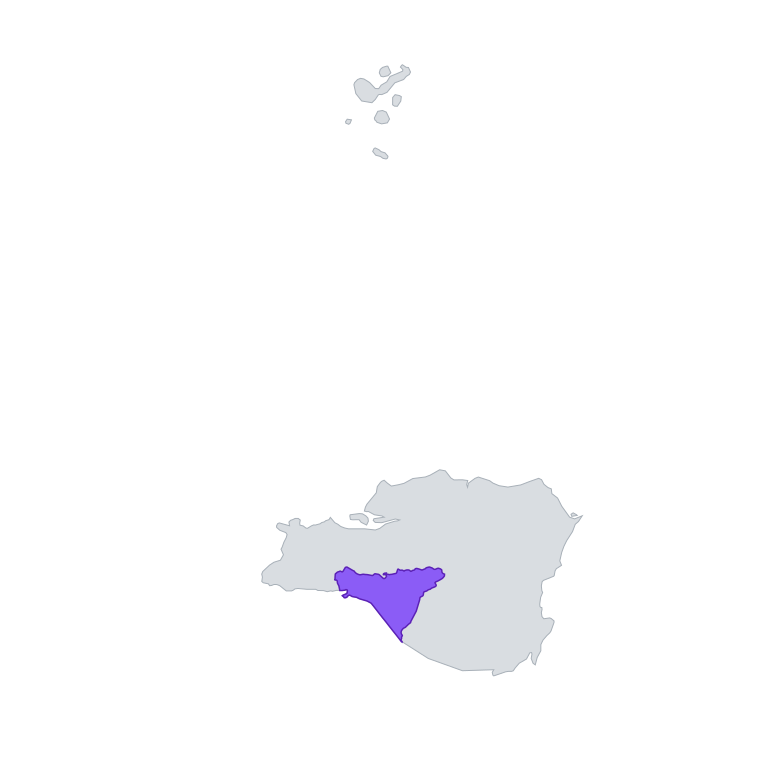 Morona Santiago highlighted on a map of Ecuador, rotated 77°
{"feature_id": "ECU-1285", "entity_name": "Morona Santiago", "entity_type": "Province", "adm_level": 1, "iso_a3": "ECU", "parent_name": "Ecuador", "parent_adm1": "", "projection": "equal_earth", "projection_center": [-78.23, -2.513], "detail": "fine", "context": "in_parent", "style": "filled", "palette": "violet", "viewbox_px": 768, "rotation_deg": 77, "n_neighbors": 0, "source": "natural_earth", "source_scale": "10m", "svg_char_len": 7213}
<svg xmlns="http://www.w3.org/2000/svg" viewBox="0 0 768 768"><g transform="rotate(77 384 384)"><path d="M691.7,299.8L689.6,301.6L684.5,302.3L680.5,300.6L678.9,300.6L678.7,302.4L684.0,307.0L686.5,315.1L690.2,320.1L692.5,322.5L692.7,324.3L692.0,327.5L691.8,330.2L693.1,342.7L692.2,343.4L689.3,343.4L687.1,341.3L681.0,372.1L661.4,402.6L639.2,424.4L613.5,436.9L594.7,445.7L591.7,449.0L582.5,464.4L582.1,465.9L583.4,468.5L583.5,470.2L582.1,471.2L580.9,471.4L580.4,470.6L580.0,468.7L578.7,466.8L577.3,466.3L576.4,466.8L576.3,468.5L574.4,476.8L574.4,480.8L573.6,482.4L573.6,486.0L571.7,489.4L570.3,494.9L568.7,496.7L566.7,505.3L563.9,513.8L563.6,516.8L564.5,518.9L564.8,520.5L563.6,525.8L557.0,531.0L555.3,533.5L554.6,536.4L555.0,538.8L554.8,540.8L552.7,541.6L550.5,546.4L548.9,547.5L544.8,545.9L541.7,545.9L539.4,544.3L534.7,536.2L532.9,531.3L532.4,524.6L527.8,520.4L521.8,521.5L520.0,519.9L515.6,517.1L511.8,513.9L508.9,512.3L506.7,513.1L503.1,518.4L499.7,520.8L498.2,520.7L496.2,519.1L495.8,517.3L500.9,507.9L497.1,507.7L495.8,505.7L495.6,503.4L495.0,500.8L495.7,497.8L497.7,496.2L500.7,497.5L502.7,497.6L504.1,494.7L506.8,492.5L507.4,491.1L505.9,486.6L505.5,484.1L506.0,482.7L505.8,477.7L505.0,475.9L504.9,473.1L504.1,471.6L503.8,468.1L501.9,466.3L508.1,463.1L510.3,460.5L513.1,458.2L515.5,454.6L517.1,451.2L520.8,435.3L524.3,425.3L523.7,420.5L520.8,414.0L520.1,404.4L520.4,401.5L520.0,399.3L518.1,403.3L518.6,417.4L516.9,423.7L514.5,425.2L513.0,424.1L513.8,413.8L512.1,415.7L509.3,422.7L504.7,427.9L504.5,429.6L503.4,431.7L499.8,429.8L497.2,427.6L488.3,416.0L482.5,413.6L479.0,409.5L478.2,407.8L477.8,405.5L481.4,403.0L485.1,399.8L485.4,392.5L485.3,386.9L482.6,377.2L483.9,364.6L483.2,359.6L480.1,349.1L482.4,343.8L490.6,340.0L493.2,337.4L495.0,329.1L496.9,324.1L500.6,326.1L503.4,325.8L499.6,324.0L496.4,316.5L495.9,313.0L502.0,302.8L505.1,300.1L509.0,294.7L512.3,286.5L513.1,273.5L511.8,264.3L510.7,254.5L512.7,252.0L517.7,250.7L521.8,247.5L523.8,244.6L528.6,245.1L534.2,240.5L543.1,238.3L555.5,233.1L558.3,228.6L557.0,220.5L561.7,225.4L563.7,229.2L570.2,233.5L577.7,241.2L582.6,245.2L588.0,248.7L595.9,252.5L600.6,251.8L602.7,257.6L604.5,259.3L609.0,261.3L609.5,262.0L611.2,272.8L612.2,274.4L616.1,276.1L620.9,276.7L622.8,276.3L627.0,279.3L633.5,281.8L635.9,282.1L636.9,281.6L637.3,280.5L639.2,280.7L642.1,282.1L646.2,282.4L648.7,281.1L649.2,275.1L650.2,273.8L653.1,271.6L654.6,272.0L662.2,276.8L663.8,278.5L665.7,281.8L669.3,286.7L673.2,289.8L679.2,291.2L685.0,296.3L691.7,299.8ZM89.3,293.1L91.7,296.3L93.0,305.7L100.5,315.5L101.5,321.0L100.8,323.6L101.1,324.6L104.8,328.5L107.2,332.5L103.2,342.1L94.7,346.1L85.6,346.0L83.8,344.9L81.4,341.3L80.9,338.1L82.3,334.9L87.0,330.2L94.2,326.0L95.0,322.7L92.2,319.6L90.2,313.3L85.7,308.9L83.4,295.5L81.9,294.9L78.9,296.7L77.4,295.1L77.1,294.2L80.4,291.2L81.1,289.0L86.0,288.0L88.1,289.7L89.3,293.1ZM124.7,333.5L122.7,333.6L116.9,328.7L117.2,323.9L119.6,320.6L127.1,319.0L130.3,322.0L130.0,327.8L127.4,332.0L125.4,332.8L124.7,333.5ZM509.2,445.2L508.4,447.2L504.9,447.0L503.8,446.4L504.7,437.1L505.7,434.1L508.6,431.2L511.1,429.8L514.2,430.1L517.5,432.7L513.6,437.4L510.6,438.8L509.2,445.2ZM83.5,317.7L79.8,318.6L76.6,316.9L75.2,314.2L74.9,310.1L75.2,308.8L82.3,307.3L84.5,310.7L84.5,315.7L83.5,317.7ZM159.2,340.6L154.8,342.7L152.3,340.7L152.0,339.5L154.5,336.3L156.9,334.6L159.0,331.0L163.0,328.9L164.1,329.4L164.9,330.1L165.2,331.3L163.9,334.2L161.5,336.3L159.2,340.6ZM115.6,311.3L113.9,312.8L106.8,311.1L104.6,308.1L106.4,304.1L107.9,302.5L112.1,304.0L116.4,308.5L115.6,311.3ZM121.4,362.4L119.8,362.5L117.7,360.3L119.3,356.3L122.3,358.4L123.0,359.9L121.4,362.4ZM555.2,230.8L553.0,231.1L552.1,228.7L554.6,225.9L555.5,225.3L555.2,230.8Z" fill="#d9dde1" stroke="#a8b0b8" stroke-width="1"/><path d="M639.5,424.5L639.0,425.0L635.5,426.6L630.8,428.8L626.0,431.1L621.3,433.3L616.5,435.5L611.8,437.8L607.1,440.0L602.3,442.2L597.6,444.4L596.6,444.9L595.1,445.6L594.4,446.1L591.6,449.4L587.8,456.2L586.0,458.3L585.5,459.1L584.3,462.1L583.8,463.0L582.5,464.3L582.0,465.1L582.0,466.2L582.5,467.1L583.1,467.7L583.5,468.4L583.6,469.8L583.3,470.8L582.7,471.1L582.0,471.3L581.4,472.0L580.9,472.3L580.5,471.4L580.0,468.1L579.7,467.4L579.3,466.9L577.6,466.3L576.8,466.1L576.2,466.4L575.8,467.3L575.8,467.7L576.1,468.6L576.0,469.2L575.8,471.4L575.3,473.5L575.2,473.5L570.6,473.4L567.8,474.1L567.0,474.1L565.6,473.9L565.1,474.0L564.8,474.1L564.6,474.3L564.4,474.5L564.1,475.5L563.9,475.8L563.7,476.0L563.4,476.0L562.7,475.5L562.3,475.4L561.1,475.1L559.5,474.6L558.5,474.3L558.1,474.1L557.8,473.8L557.8,473.4L557.7,473.1L557.5,472.8L557.2,472.5L557.0,472.1L556.9,471.8L556.8,471.5L556.7,471.0L556.7,470.1L556.5,469.4L556.5,469.1L556.5,468.7L556.7,468.4L556.9,468.1L557.3,467.6L557.5,467.3L557.6,467.0L557.6,466.7L557.4,466.3L557.2,466.0L554.1,463.0L553.9,462.1L554.0,461.7L554.1,461.2L558.8,456.2L559.5,455.2L560.9,454.6L562.2,453.7L563.2,452.6L564.1,451.2L564.5,450.3L564.6,449.4L564.6,448.6L564.6,447.8L564.7,447.0L565.6,444.5L565.7,444.0L566.0,443.1L567.7,439.2L568.0,438.4L567.9,438.0L567.8,437.5L567.5,437.0L567.2,436.5L567.0,436.1L566.9,435.7L566.9,435.4L568.1,432.4L568.4,431.9L568.8,431.5L573.0,428.6L573.4,428.1L573.6,427.7L573.6,427.3L573.5,426.8L573.3,426.4L573.1,426.0L571.9,424.8L571.6,424.7L571.3,424.7L571.0,424.8L570.6,425.1L570.2,425.6L570.0,426.1L569.8,426.6L569.8,427.2L569.6,427.5L569.3,427.5L569.0,427.3L568.7,426.9L568.6,426.4L568.5,425.9L568.7,424.4L569.0,424.6L569.3,424.6L569.5,424.4L569.9,423.8L570.8,421.9L571.0,421.5L571.0,421.1L571.0,420.5L571.1,420.0L571.2,419.1L571.2,416.2L571.2,415.7L571.3,415.2L571.1,414.6L570.5,414.0L568.1,412.6L567.6,412.2L567.6,411.7L568.9,410.4L569.1,410.0L569.3,409.3L569.3,408.8L569.5,408.1L569.8,407.6L570.5,406.9L570.7,406.5L570.7,406.2L570.4,405.7L570.3,403.7L570.6,402.3L570.9,401.5L571.5,400.9L572.0,400.5L572.5,400.1L572.6,399.7L572.3,398.7L572.1,398.1L572.1,396.9L572.0,396.2L571.7,395.7L571.4,395.5L571.1,395.1L571.0,394.7L571.0,394.1L571.1,393.5L572.2,391.4L573.7,389.1L573.8,388.5L573.5,386.9L573.4,385.7L573.2,385.3L573.0,385.0L572.8,384.7L572.7,384.3L572.5,383.5L572.5,382.6L572.5,381.5L572.6,380.9L572.7,380.5L573.0,380.2L573.2,379.9L573.4,379.6L573.7,379.0L574.0,378.6L574.4,378.2L575.2,377.5L575.6,377.1L575.9,376.7L576.0,376.2L576.1,375.7L576.0,375.1L575.7,373.7L575.7,373.0L575.7,372.6L576.1,371.8L576.8,370.7L577.2,370.3L577.9,369.7L578.4,369.6L579.7,369.8L580.7,369.8L581.2,369.6L581.8,369.2L582.2,368.8L582.9,367.8L584.6,368.3L585.5,369.3L586.0,370.0L586.5,370.8L586.8,371.5L588.0,375.5L588.3,377.2L588.6,378.4L589.1,379.0L589.7,378.9L591.4,378.4L592.1,378.5L592.7,379.0L593.1,380.1L593.6,383.5L594.3,385.0L594.4,385.4L594.4,386.5L594.5,387.2L595.1,388.5L595.3,389.2L595.4,390.7L595.5,391.4L595.8,392.1L596.5,392.5L598.0,393.0L598.7,393.4L599.2,394.0L599.4,394.8L599.6,395.6L599.8,396.4L600.3,397.0L600.9,397.3L602.3,397.8L612.6,403.7L621.3,411.2L621.9,411.5L622.5,411.8L622.9,412.6L623.6,414.2L624.9,416.3L625.3,417.1L625.5,417.3L625.8,417.7L625.9,418.2L626.0,418.4L626.4,420.1L627.4,421.5L628.6,422.7L630.2,423.3L631.9,423.2L633.0,422.7L633.4,422.8L634.1,423.4L634.5,423.8L635.8,424.1L637.4,425.1L638.2,424.8L639.0,424.3L639.5,424.5L639.5,424.5Z" fill="#8b5cf6" stroke="#5b21b6" stroke-width="1.5"/></g></svg>